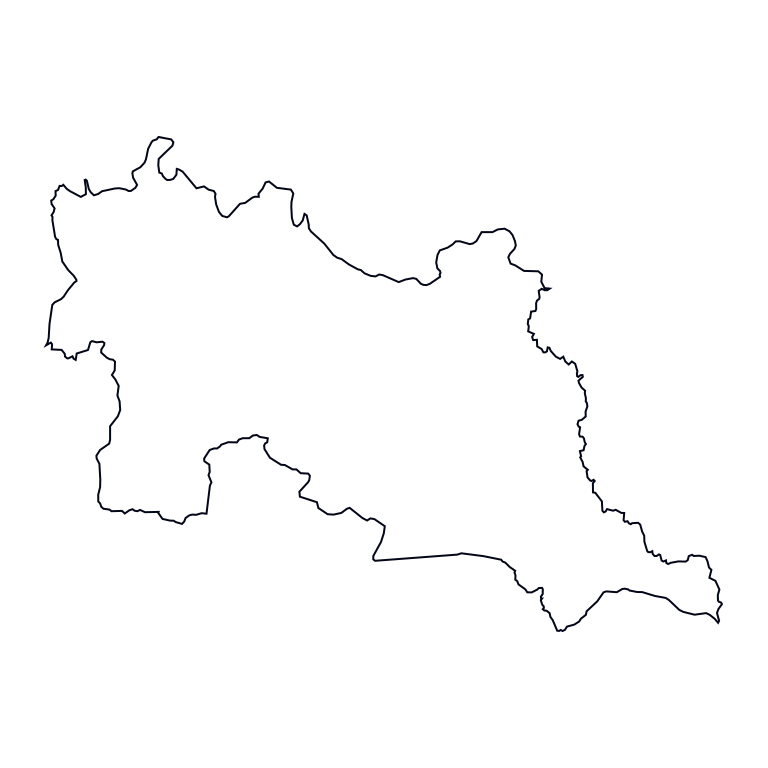 Salemata, Kédougou, Senegal (Robinson projection)
{"feature_id": "50182788B75788529380727", "entity_name": "Salemata", "entity_type": "district", "adm_level": 2, "iso_a3": "SEN", "parent_name": "Senegal", "parent_adm1": "Kédougou", "projection": "robinson", "projection_center": [-12.812, 12.604], "detail": "fine", "context": "isolated", "style": "outline", "palette": "ink", "viewbox_px": 768, "rotation_deg": 0, "n_neighbors": 0, "source": "geoboundaries", "source_scale": "gbopen_adm2", "svg_char_len": 6059}
<svg xmlns="http://www.w3.org/2000/svg" viewBox="0 0 768 768"><path d="M63.3,184.8L61.8,186.0L59.6,185.9L58.0,190.0L55.5,191.1L55.7,195.6L53.4,199.2L51.2,200.6L51.6,204.0L54.6,208.4L53.6,212.1L51.5,215.4L52.5,216.9L52.4,220.2L55.1,236.9L56.4,239.2L58.0,239.9L58.2,244.9L60.7,252.9L62.3,261.5L68.3,270.2L73.6,275.6L76.3,279.6L76.5,281.0L74.2,282.6L68.0,290.1L63.7,296.6L61.1,299.1L54.6,302.4L52.3,304.9L49.5,324.0L48.7,337.8L47.6,342.6L46.1,345.3L50.8,342.6L52.1,344.2L51.7,349.4L61.6,349.9L64.8,353.9L65.0,356.5L67.1,358.3L68.3,358.4L72.5,356.3L73.6,358.7L75.7,359.9L76.7,353.5L88.0,350.0L90.3,342.3L92.1,341.1L96.6,342.3L102.5,341.7L104.4,343.0L104.1,345.1L101.3,349.5L101.2,352.6L107.0,357.8L109.7,359.2L112.9,359.7L115.0,361.6L114.7,370.5L111.9,375.0L115.3,379.4L118.7,385.9L117.4,395.5L119.6,401.4L120.2,410.0L117.9,416.2L110.1,426.2L110.1,439.8L109.2,443.6L100.1,450.0L96.4,455.7L96.7,458.6L99.4,463.8L100.3,479.7L100.1,487.2L98.2,494.8L98.3,501.5L100.1,503.4L101.3,506.8L103.4,508.7L109.5,509.6L111.5,511.2L122.0,510.9L124.8,513.5L129.3,510.3L132.6,509.2L134.5,510.7L137.5,511.2L140.0,509.9L145.0,512.2L158.6,511.9L158.3,513.0L162.5,518.9L169.9,520.6L173.6,520.7L175.8,522.1L182.0,523.9L184.2,521.6L185.6,518.0L189.2,515.4L192.2,514.6L196.3,514.8L201.6,513.2L206.5,513.7L209.9,485.7L211.4,482.3L208.5,475.1L209.7,472.0L209.3,464.6L204.4,461.3L204.1,458.6L205.3,456.7L209.7,450.0L214.2,448.4L217.0,448.5L220.0,446.4L221.2,444.7L228.3,442.2L236.9,442.4L239.1,439.5L242.8,438.2L249.3,438.2L252.9,435.5L256.8,435.0L259.7,436.9L267.8,438.3L267.2,442.3L265.3,443.3L264.1,445.5L264.5,449.1L269.9,457.7L281.1,464.8L284.8,465.0L292.6,469.4L296.4,469.4L300.7,473.2L308.2,473.6L309.9,475.8L309.2,480.2L308.1,482.2L299.4,491.7L299.9,496.7L316.9,502.2L318.4,508.0L327.6,514.2L333.6,514.6L341.4,512.9L347.0,508.7L349.7,507.9L362.4,518.0L367.1,520.5L370.4,518.4L374.4,519.1L384.8,526.2L383.8,533.3L381.0,542.0L373.3,556.0L373.3,559.4L375.1,560.8L457.4,554.6L461.4,553.3L483.3,556.1L501.2,559.7L502.5,561.5L505.3,562.6L509.7,567.0L515.2,570.8L514.5,572.6L515.5,575.3L515.3,579.7L517.2,581.1L518.5,584.4L525.4,589.4L527.3,592.3L531.7,592.4L537.2,589.6L538.9,588.0L542.1,587.9L542.8,589.3L542.7,594.0L540.9,596.7L541.1,598.8L541.9,598.7L540.8,600.2L542.3,604.8L543.6,606.1L543.9,607.9L542.8,609.1L544.3,610.5L546.5,610.7L549.6,613.1L550.4,616.9L552.7,620.1L557.2,630.7L559.3,630.9L560.7,630.0L562.6,631.0L564.9,629.9L567.0,626.6L574.3,624.6L579.3,621.4L580.8,618.8L585.9,614.8L586.6,611.3L597.3,601.3L603.5,592.4L606.2,591.4L616.8,592.2L622.3,589.0L624.7,588.7L628.2,589.4L629.5,590.5L637.1,592.0L642.2,592.1L655.1,596.0L665.6,597.9L668.8,599.9L679.3,609.9L683.3,611.9L694.6,614.7L706.2,613.1L709.8,614.9L714.7,618.8L718.1,622.8L719.1,620.8L717.0,613.0L718.4,609.1L721.9,604.2L721.2,602.6L718.6,601.6L718.0,600.4L717.8,595.1L719.4,589.5L715.4,580.8L709.4,577.8L711.4,569.9L709.0,567.5L707.5,561.3L705.6,557.1L699.3,555.7L693.8,556.0L692.1,554.8L688.8,556.1L687.7,560.2L685.7,561.6L678.3,561.4L670.8,562.8L668.2,564.0L666.3,563.0L666.0,560.4L663.3,561.5L661.6,560.5L660.2,555.0L659.0,554.4L656.6,556.0L654.5,556.0L652.6,553.7L652.3,551.2L650.4,552.2L648.2,552.1L647.2,551.0L644.4,541.8L644.2,535.7L642.1,531.4L640.2,524.6L638.1,522.8L632.1,523.2L630.8,524.2L628.9,523.3L627.5,521.2L624.9,521.8L623.6,520.2L624.2,513.0L621.3,512.9L615.7,509.8L613.1,510.7L607.0,509.1L605.6,511.5L603.8,512.3L602.4,510.7L601.9,501.4L595.3,492.8L593.0,492.4L592.9,483.2L594.7,481.0L593.6,479.8L591.4,481.0L590.1,480.4L587.5,477.4L586.6,471.1L587.8,469.8L583.6,466.4L582.6,461.9L580.2,457.4L581.1,456.3L579.9,451.1L583.6,450.2L584.5,445.9L585.9,444.0L584.8,442.3L583.9,438.3L582.6,436.7L579.9,436.5L579.1,434.1L580.1,427.3L578.7,426.6L577.5,424.2L578.6,420.7L581.8,419.8L585.7,416.5L585.6,411.5L587.4,406.3L586.8,402.9L585.8,401.5L585.9,398.2L584.8,393.2L585.1,390.7L581.5,387.5L578.9,382.8L578.5,380.6L582.8,376.9L582.5,375.1L580.4,375.2L578.4,376.9L577.2,376.3L576.9,373.6L577.4,371.4L575.2,363.8L571.9,361.5L568.7,364.5L565.3,361.5L563.3,356.7L560.1,358.9L555.8,356.6L550.8,351.0L549.4,347.8L547.7,347.4L546.9,351.4L545.1,352.4L543.4,352.3L541.6,349.0L537.2,346.4L536.9,339.8L533.2,340.1L532.1,337.0L533.9,333.9L528.2,331.4L528.8,326.3L527.8,324.0L528.3,319.4L530.1,318.4L531.1,311.6L535.4,311.0L536.2,309.0L536.1,303.2L537.0,300.6L539.2,298.9L539.6,297.3L538.7,290.9L541.7,288.8L544.7,290.2L547.3,290.2L549.7,288.6L544.6,288.1L541.3,281.8L542.0,274.6L538.3,271.3L524.0,270.9L515.3,265.4L510.6,263.6L508.3,257.3L509.9,253.9L514.5,248.9L515.8,245.4L514.9,240.9L512.5,235.0L509.5,231.3L504.6,228.7L497.9,229.4L492.5,232.1L481.6,232.1L476.5,241.0L472.9,243.5L469.7,244.1L459.9,241.3L455.7,241.4L452.5,244.5L447.5,247.7L439.8,250.4L437.5,255.0L436.2,262.4L437.4,268.4L440.0,271.0L440.5,272.8L439.7,274.7L440.1,276.8L429.7,283.9L426.4,285.1L423.6,284.9L420.9,283.8L416.3,278.9L413.1,278.1L405.6,279.5L398.7,282.1L383.0,275.2L379.2,274.5L375.6,276.4L370.8,275.9L364.5,273.3L360.9,270.1L357.8,269.3L349.0,264.5L341.6,259.1L337.2,257.7L333.4,255.0L324.2,243.5L311.0,231.5L308.9,228.3L308.7,224.5L306.7,215.4L304.5,213.9L302.7,220.5L299.8,224.3L297.1,226.4L293.8,224.7L291.9,218.0L291.3,207.1L291.5,201.9L293.3,193.5L290.9,189.6L276.9,187.8L269.0,181.5L265.6,182.4L262.6,188.7L258.5,193.7L258.8,196.8L255.0,196.7L252.2,197.7L245.2,202.9L240.0,203.8L228.8,216.3L227.0,217.3L222.2,215.9L218.9,211.8L216.2,204.5L215.0,196.9L215.5,193.7L213.8,191.0L208.7,189.7L204.0,186.4L196.5,188.3L182.6,171.6L178.9,169.5L176.8,168.9L176.4,174.7L173.3,178.9L170.2,179.9L167.2,180.0L165.5,178.9L163.0,176.2L161.8,173.5L159.3,172.6L158.3,165.3L158.7,158.9L172.5,145.6L173.4,142.2L171.2,139.4L158.5,137.0L156.8,139.3L152.8,140.7L151.4,142.4L148.1,148.9L146.0,159.2L144.6,162.6L140.4,167.2L132.8,171.4L132.4,173.4L133.1,177.7L137.1,184.9L135.4,187.8L131.0,190.9L128.6,191.0L125.8,189.5L119.2,188.2L114.8,188.5L102.1,191.2L98.1,194.0L93.9,195.3L90.7,192.2L88.8,189.0L86.9,180.8L85.7,179.6L84.7,180.0L85.8,187.7L85.9,194.2L80.8,196.9L69.9,191.1L66.7,188.8L63.3,184.8Z" fill="none" stroke="#020617" stroke-width="2"/></svg>